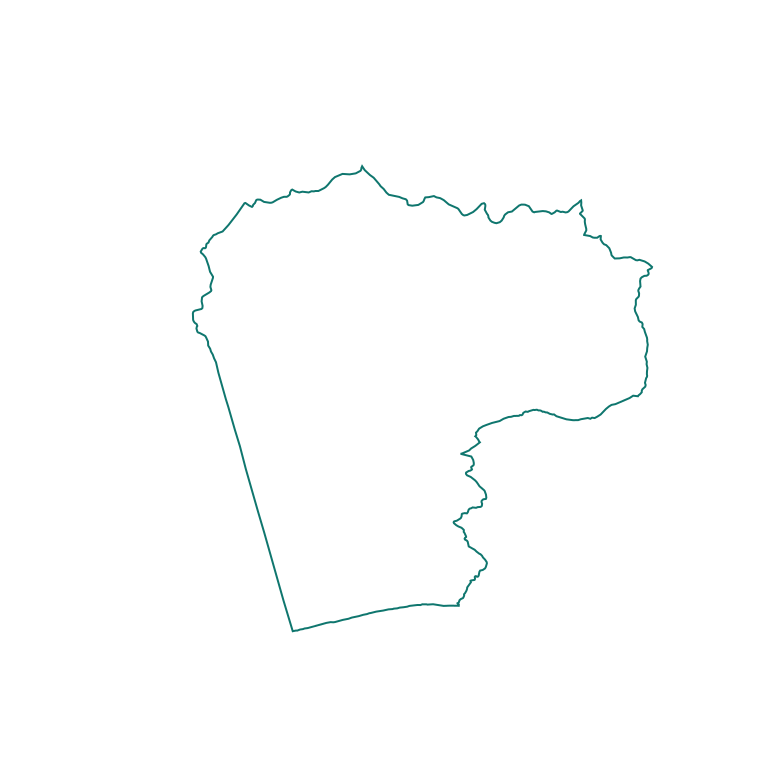 the district of Chepen, La Libertad, Peru, rotated 301°
{"feature_id": "86281439B86274987783552", "entity_name": "Chepen", "entity_type": "district", "adm_level": 2, "iso_a3": "PER", "parent_name": "Peru", "parent_adm1": "La Libertad", "projection": "mercator", "projection_center": [-79.436, -7.136], "detail": "fine", "context": "isolated", "style": "outline", "palette": "teal", "viewbox_px": 768, "rotation_deg": 301, "n_neighbors": 0, "source": "geoboundaries", "source_scale": "gbopen_adm2", "svg_char_len": 6166}
<svg xmlns="http://www.w3.org/2000/svg" viewBox="0 0 768 768"><g transform="rotate(301 384 384)"><path d="M559.4,253.1L557.8,253.3L555.9,254.1L554.5,254.0L550.0,251.3L546.0,246.6L542.7,240.2L536.1,235.4L532.6,234.3L525.8,233.3L522.9,232.6L521.1,231.8L515.7,228.4L514.2,225.9L513.0,224.7L511.9,222.6L509.4,220.8L506.8,215.0L504.5,212.7L503.5,209.1L503.4,205.2L502.5,204.7L500.9,204.7L499.7,204.8L498.4,205.6L497.4,205.6L495.0,204.7L494.2,204.0L493.0,201.9L490.8,200.0L486.7,197.3L482.4,195.0L481.5,194.2L480.6,193.0L478.3,187.4L478.3,183.1L477.1,180.8L476.3,180.0L475.6,179.8L472.7,180.2L470.3,179.6L468.7,179.9L467.8,179.6L467.5,176.5L467.8,172.0L467.1,171.3L453.5,170.4L440.1,168.8L431.6,167.1L427.5,163.8L425.9,163.0L424.0,161.4L423.2,161.1L421.6,161.1L417.1,160.3L414.8,160.7L412.9,159.8L412.2,159.8L409.7,160.9L408.9,161.0L408.1,160.6L407.8,159.6L407.2,159.0L406.2,158.7L403.1,158.7L402.3,159.6L401.9,162.1L400.7,165.5L399.9,166.8L394.8,172.9L390.6,177.1L387.9,182.2L386.9,182.7L379.8,184.3L377.8,185.2L375.5,187.7L374.6,187.9L372.6,187.2L366.4,183.9L364.6,183.4L360.9,185.1L357.5,188.3L355.5,189.2L354.3,188.9L349.8,184.4L348.8,183.8L347.4,183.4L346.1,183.8L340.6,187.4L339.6,188.8L339.0,190.3L338.8,192.6L337.6,194.1L336.5,194.1L334.9,194.7L332.7,197.1L332.4,198.2L332.8,199.7L333.1,205.0L333.0,206.3L332.3,207.5L329.7,211.3L326.4,213.5L324.7,216.8L322.7,219.0L321.0,222.1L318.5,225.1L316.1,228.8L308.4,236.2L289.6,256.2L284.1,262.4L268.0,279.7L256.4,292.6L240.0,309.3L209.4,342.1L195.0,357.8L146.6,409.4L125.1,433.1L127.3,435.5L128.0,436.7L130.3,438.5L132.2,440.8L133.5,441.8L135.4,444.2L149.5,457.6L152.4,460.9L153.7,463.4L154.8,464.7L160.6,470.2L164.5,474.5L167.2,476.7L172.0,481.9L175.5,485.1L178.0,487.9L180.0,489.5L180.8,490.5L184.9,494.6L189.4,500.0L193.1,503.9L195.6,507.4L196.4,508.0L198.6,511.0L200.4,512.6L202.7,515.7L205.1,518.6L206.9,520.1L211.9,526.6L213.3,529.1L214.9,530.3L217.0,533.9L217.3,534.9L220.5,539.5L224.5,549.4L228.0,554.7L232.4,562.3L233.5,561.7L233.6,560.4L233.9,559.9L235.2,560.6L237.6,560.1L239.2,560.6L241.1,561.9L241.8,562.0L243.9,561.7L245.0,560.9L246.5,561.2L249.4,561.1L251.2,560.7L252.5,560.1L258.8,560.6L259.8,559.5L260.4,559.8L262.7,562.5L263.8,562.4L265.3,561.2L266.3,561.3L266.7,561.9L266.7,563.1L267.5,563.8L268.6,563.8L272.2,562.5L273.6,562.5L275.4,564.4L278.0,565.6L279.7,565.5L283.2,564.6L284.2,563.8L285.5,561.1L286.3,558.2L287.3,556.4L287.8,554.3L287.6,553.3L288.0,549.6L288.6,547.2L288.4,540.3L291.9,537.0L292.4,535.9L292.4,533.4L292.9,532.8L293.9,532.7L295.1,533.2L295.6,532.9L297.9,529.5L298.3,528.5L299.9,527.7L300.1,527.4L300.7,524.5L300.2,521.2L300.2,518.6L300.7,515.7L301.2,515.0L301.9,514.8L302.5,515.0L304.3,516.8L308.0,518.7L308.8,518.9L310.4,518.7L312.6,517.7L313.2,517.9L314.9,519.7L315.8,521.7L317.1,521.9L319.9,521.3L321.2,521.6L322.5,522.8L323.8,523.5L325.3,526.7L326.7,527.7L328.4,530.1L329.3,530.5L330.0,530.6L331.9,529.8L333.1,528.3L334.2,527.9L335.9,528.3L336.6,528.8L337.9,530.5L339.2,530.3L341.7,528.4L344.2,525.3L344.5,524.5L345.5,518.6L347.6,514.1L348.3,511.8L349.0,506.2L348.5,502.2L349.1,500.7L349.7,500.2L350.4,500.0L353.1,501.4L354.2,502.6L355.5,503.3L356.1,503.4L357.4,501.7L358.0,501.5L360.2,502.5L361.0,502.5L362.5,501.7L364.8,499.6L366.8,496.2L363.6,485.6L364.8,486.8L370.9,491.2L373.6,491.9L377.9,494.1L383.4,496.2L383.7,495.2L384.9,493.3L386.2,489.7L386.2,489.2L387.8,489.4L389.7,487.9L391.6,488.4L394.7,488.5L398.7,490.6L401.8,493.0L406.3,496.7L411.8,502.2L415.8,504.4L419.9,507.8L421.3,509.8L423.5,511.8L426.2,516.0L427.4,516.6L428.1,518.0L429.0,518.5L431.1,518.3L433.3,519.5L434.2,521.6L435.5,522.4L438.8,525.4L439.2,526.4L440.7,528.3L440.9,530.0L441.7,531.3L442.0,532.5L441.9,534.3L442.6,535.2L442.9,537.1L443.7,538.7L443.8,541.4L444.7,544.3L445.5,545.4L445.2,548.4L447.7,558.6L450.3,564.6L453.0,569.0L455.2,570.9L459.8,576.2L460.5,578.8L462.3,579.7L463.3,582.1L465.8,583.6L469.4,585.4L476.9,587.1L480.6,588.4L483.3,589.8L485.9,592.7L498.4,601.7L502.3,603.6L504.3,608.0L505.3,608.0L507.1,608.7L509.6,609.2L511.0,608.4L512.5,608.2L516.3,609.3L517.9,608.8L519.4,607.1L524.0,605.7L525.6,605.7L526.6,605.3L527.8,604.3L530.3,602.9L533.5,601.5L536.2,598.9L538.5,597.8L542.0,593.8L547.5,592.6L550.4,591.1L553.5,589.9L556.5,587.3L557.3,587.0L559.1,585.6L563.1,580.7L565.1,578.7L566.0,576.0L568.4,574.9L568.9,574.4L569.5,573.3L569.2,571.0L569.7,569.5L572.2,567.1L575.6,561.9L577.9,559.9L581.6,559.1L585.5,556.7L586.7,556.5L590.1,557.3L591.2,557.0L593.2,555.9L594.7,554.1L595.4,553.7L597.2,553.5L599.6,553.7L604.1,550.5L606.5,549.6L608.3,550.0L610.8,551.5L612.1,553.4L613.5,554.1L614.3,554.2L615.1,553.9L616.0,553.1L617.0,551.7L617.5,551.5L620.6,553.4L621.4,553.7L622.4,553.5L623.3,548.5L623.3,544.3L622.0,539.0L620.5,537.5L619.9,536.1L619.8,530.2L619.3,529.3L617.8,527.5L615.9,524.3L613.1,521.3L610.4,517.1L611.4,513.2L611.8,512.5L613.5,511.0L616.4,507.2L617.5,503.0L617.1,500.6L617.7,498.5L619.5,495.2L622.5,493.7L622.3,493.0L621.7,492.5L619.2,491.4L617.7,489.0L617.1,487.4L617.0,484.5L614.8,478.8L615.2,478.6L619.8,478.3L621.1,477.5L624.6,474.1L626.4,472.6L628.8,471.3L629.3,470.4L630.8,464.4L631.1,464.2L634.5,465.1L635.2,464.9L638.6,461.0L641.1,459.7L642.9,458.4L641.8,457.8L639.5,457.4L633.9,454.9L626.9,453.3L625.7,452.6L624.6,451.3L623.7,448.4L622.5,447.0L621.8,443.0L621.3,442.5L619.1,441.9L616.6,440.5L616.0,439.9L616.2,437.2L615.4,433.9L614.0,431.0L609.2,424.8L608.5,424.3L608.3,422.5L611.0,416.6L610.3,412.4L608.5,409.3L606.6,407.9L597.7,404.8L595.1,401.9L591.6,400.5L590.0,400.4L588.4,400.8L584.6,400.7L582.3,399.9L579.7,397.5L579.1,395.7L578.6,393.0L578.9,391.0L580.5,387.8L581.6,387.0L582.5,385.9L582.9,384.7L585.3,380.6L588.6,379.3L589.6,378.7L590.2,378.0L590.5,376.6L588.7,374.9L581.6,373.3L577.3,371.8L571.7,368.2L569.8,366.0L569.6,364.9L569.8,363.2L572.3,357.7L572.5,356.5L571.3,347.0L572.4,340.5L572.3,337.6L572.2,336.2L571.0,332.9L570.8,330.0L567.2,326.1L565.2,323.3L564.0,323.3L560.9,323.8L560.0,323.7L555.2,321.2L551.4,316.4L550.0,312.9L550.2,311.8L553.1,309.3L553.6,307.5L552.7,304.3L552.2,300.7L548.7,290.7L549.3,287.5L551.0,283.3L551.8,279.2L552.8,277.0L555.5,268.9L555.9,264.3L557.4,257.3L559.4,253.1Z" fill="none" stroke="#0f766e" stroke-width="2"/></g></svg>